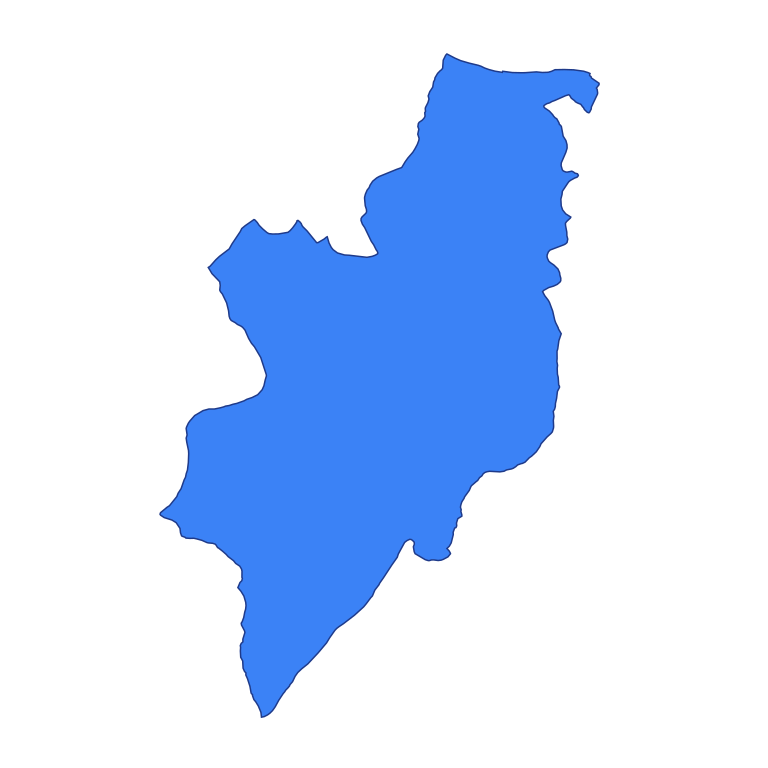 the district of Kerkebet, Anseba, Eritrea, rotated 267°
{"feature_id": "51966322B98400180511849", "entity_name": "Kerkebet", "entity_type": "district", "adm_level": 2, "iso_a3": "ERI", "parent_name": "Eritrea", "parent_adm1": "Anseba", "projection": "robinson", "projection_center": [37.597, 16.113], "detail": "fine", "context": "isolated", "style": "filled", "palette": "blue", "viewbox_px": 768, "rotation_deg": 267, "n_neighbors": 0, "source": "geoboundaries", "source_scale": "gbopen_adm2", "svg_char_len": 6146}
<svg xmlns="http://www.w3.org/2000/svg" viewBox="0 0 768 768"><g transform="rotate(267 384 384)"><path d="M509.6,214.6L503.2,218.0L494.7,225.3L491.0,225.6L486.4,224.9L484.8,225.5L482.3,227.3L473.2,231.1L465.3,232.6L459.8,232.9L457.5,233.5L455.9,234.4L455.3,235.0L453.0,238.7L451.2,240.7L449.3,244.2L448.0,245.8L445.1,248.0L436.6,251.2L431.6,253.8L427.9,256.6L416.9,262.3L399.7,266.9L398.2,267.0L394.6,265.7L388.5,264.0L384.6,262.0L379.9,257.3L377.4,251.6L375.9,246.2L374.5,243.3L372.3,235.9L371.7,232.2L370.6,228.2L370.2,224.5L369.6,222.9L368.8,219.3L367.9,213.3L368.2,207.9L366.9,201.9L362.4,193.3L357.1,188.1L355.0,186.5L351.2,184.5L349.9,184.1L343.4,184.7L340.3,183.6L336.1,184.0L327.8,185.3L324.6,185.3L315.8,184.5L308.3,183.2L304.8,181.8L301.3,180.9L298.7,179.4L290.1,175.9L285.7,172.7L282.4,171.2L273.7,163.4L272.2,160.8L267.2,154.1L265.7,153.5L264.7,154.0L262.1,157.5L259.3,165.0L256.4,169.2L250.5,172.7L246.0,173.0L243.0,173.9L242.5,174.5L241.4,177.2L240.5,178.1L240.0,182.0L239.9,186.0L239.1,188.9L237.4,194.0L234.9,198.9L234.5,200.3L233.9,204.5L233.0,206.9L232.2,207.7L229.3,209.3L229.1,209.9L225.7,213.8L222.2,217.4L219.8,219.3L215.4,224.5L212.6,226.5L209.7,230.4L206.7,232.0L204.6,232.4L198.3,232.0L197.4,232.4L195.0,231.7L193.3,229.8L188.3,227.4L184.5,230.3L179.5,233.0L173.1,234.5L169.8,234.6L166.3,234.0L163.5,233.0L158.2,231.7L154.2,230.0L152.6,228.9L150.7,229.1L144.8,231.8L143.1,232.1L136.6,229.7L133.9,229.6L132.4,227.8L130.3,226.8L128.3,227.0L125.0,226.6L118.6,226.6L114.8,228.4L107.6,228.4L104.2,229.7L102.7,231.0L100.6,230.8L97.0,232.2L89.1,234.3L82.4,235.1L81.5,235.6L80.8,236.4L79.5,236.4L75.6,237.6L73.3,239.3L69.1,241.6L62.6,243.9L57.7,244.2L58.1,246.9L59.6,250.3L61.2,252.8L63.7,255.6L67.4,258.5L73.6,262.3L80.1,267.1L81.9,268.8L83.3,269.7L85.7,272.3L87.5,273.9L88.6,274.3L91.5,277.1L96.7,279.9L100.4,282.8L103.8,286.8L108.5,293.3L118.8,304.0L128.5,313.1L133.5,316.5L140.6,322.1L142.4,324.0L144.0,326.3L146.8,331.0L154.8,342.6L162.5,352.0L165.3,354.6L171.3,359.6L172.9,361.3L178.7,364.1L183.7,368.4L185.4,369.3L190.5,373.3L202.8,382.3L210.3,388.2L213.5,389.4L224.7,396.3L226.4,398.7L227.5,401.4L227.4,402.8L226.3,404.3L224.4,405.9L222.4,405.9L219.9,404.8L214.9,405.4L212.9,406.2L206.4,416.0L205.3,419.0L205.3,420.3L205.8,422.1L205.7,424.6L204.9,428.8L205.1,431.8L205.8,434.1L208.0,438.8L211.0,441.5L211.4,441.5L213.8,440.4L216.4,438.2L218.7,440.8L221.8,442.8L230.0,445.3L232.3,445.3L236.4,447.0L236.9,448.4L237.9,448.9L238.6,449.2L241.4,449.1L245.7,450.7L247.9,454.8L249.2,454.9L252.8,454.1L254.3,454.5L257.0,453.9L259.2,454.4L262.3,455.6L265.5,457.9L267.1,458.6L273.3,463.6L277.2,465.5L278.0,466.2L282.0,471.3L282.6,472.4L285.5,474.5L287.1,476.9L289.2,478.4L290.4,480.2L291.0,482.2L291.3,484.9L290.2,495.1L290.6,499.3L291.8,501.9L292.5,506.8L293.1,508.7L294.6,511.3L296.2,513.2L297.2,516.5L297.5,518.2L298.6,520.8L302.8,525.3L304.2,527.6L308.3,532.5L313.3,536.3L316.1,537.7L322.6,544.1L325.9,548.2L327.4,549.6L331.3,551.0L333.0,551.2L338.8,551.2L342.8,552.0L347.9,551.6L349.8,553.0L352.5,553.9L355.6,554.2L360.6,555.6L367.5,556.8L371.5,559.1L372.6,559.1L374.0,558.4L381.7,558.3L384.7,557.7L390.6,557.8L393.6,558.3L397.4,557.8L400.2,558.2L407.7,558.5L409.8,559.3L418.1,560.9L424.9,563.6L429.9,561.1L431.0,560.9L436.3,558.6L439.1,557.8L447.9,556.3L456.5,553.6L458.9,552.5L463.7,549.2L467.9,547.2L469.2,548.5L471.7,553.6L472.9,558.5L474.4,562.2L476.5,565.0L477.8,565.9L480.4,566.1L483.9,565.3L485.9,565.2L489.8,563.7L493.9,559.9L496.5,556.5L498.0,555.0L500.7,553.9L502.5,553.5L504.4,553.7L507.4,555.1L509.1,556.9L513.6,570.9L514.4,572.6L515.7,574.2L519.1,575.1L522.5,574.4L526.1,574.5L532.8,573.6L535.1,573.6L536.7,574.9L540.0,578.8L540.9,579.3L544.4,574.4L548.4,571.5L552.6,570.3L559.4,570.3L563.9,571.7L567.1,572.2L574.8,577.9L576.4,579.2L577.6,580.9L579.7,585.2L580.4,587.6L581.4,588.6L582.3,589.0L583.8,588.2L584.6,585.7L585.8,584.3L586.7,582.7L586.0,578.0L586.2,576.6L587.3,574.3L588.5,573.3L592.8,572.3L595.5,572.6L605.8,577.7L610.0,579.2L613.4,579.3L617.6,578.4L622.1,575.9L631.9,574.6L633.0,573.9L634.2,572.7L635.7,572.4L639.8,570.4L641.0,568.7L642.6,567.4L644.2,566.5L647.9,563.4L651.3,558.9L652.2,558.3L653.2,558.1L653.9,558.6L655.4,561.2L656.1,564.1L657.3,566.5L658.2,569.4L662.4,580.4L663.2,583.6L662.5,584.5L659.6,586.0L656.8,589.3L655.9,589.8L654.5,592.0L653.0,595.2L650.3,596.9L649.7,597.6L647.6,598.5L644.7,601.2L644.1,602.8L644.9,603.7L647.7,605.3L649.8,605.6L662.2,612.3L663.4,612.6L667.0,612.3L668.4,611.6L671.6,614.4L673.1,614.5L678.7,607.2L680.2,606.8L681.2,605.5L682.4,605.6L683.3,606.0L684.3,604.1L685.9,599.8L687.8,589.9L688.6,580.4L688.9,571.2L687.5,567.7L686.7,564.3L686.8,558.5L687.7,552.5L687.5,540.8L687.7,536.5L688.3,528.5L690.1,518.9L689.0,518.5L690.6,511.2L692.6,505.1L694.3,501.0L696.2,497.6L697.3,494.9L700.0,485.8L702.9,477.5L705.7,471.9L710.3,464.1L709.1,462.8L704.3,460.1L696.3,459.1L694.8,457.9L694.0,456.6L691.4,453.8L687.2,451.0L685.1,450.5L683.1,449.3L677.9,448.2L673.5,445.0L669.4,443.2L666.2,443.8L662.7,442.6L658.0,439.9L656.7,439.6L654.0,439.7L652.8,438.9L649.4,439.0L648.6,438.7L647.1,437.7L645.4,435.9L643.5,432.8L642.2,431.9L639.3,431.3L636.6,432.1L631.7,430.8L627.4,431.9L625.4,431.5L621.5,429.8L617.2,427.2L613.9,424.9L608.6,419.8L605.0,416.9L599.5,413.2L599.1,412.6L597.7,407.9L591.5,390.1L590.2,387.5L587.1,383.3L583.3,380.5L581.0,379.5L578.5,377.3L574.7,375.4L571.5,374.4L570.1,374.3L563.0,374.6L559.2,375.6L556.8,375.6L555.4,374.8L552.1,370.9L550.5,369.8L548.5,369.6L544.7,370.8L541.2,372.9L527.1,378.8L523.5,381.0L518.4,383.2L516.9,384.2L515.3,384.7L514.4,384.5L513.1,382.1L512.1,378.9L511.4,373.6L514.4,356.0L514.9,351.4L517.3,344.4L520.8,340.2L523.2,338.5L527.7,336.5L534.0,335.0L533.7,334.2L531.9,331.8L528.6,325.4L528.7,324.1L541.0,315.1L545.2,311.3L546.6,310.4L548.6,309.7L550.4,308.4L551.9,306.6L551.5,305.6L550.7,305.5L548.6,304.1L544.7,300.9L542.1,298.3L540.5,296.1L539.4,286.7L539.6,280.6L540.2,276.9L541.4,275.0L545.3,270.9L549.0,267.6L551.9,265.9L554.2,264.0L554.8,263.4L555.0,262.7L549.4,253.7L546.7,250.1L543.7,248.4L531.8,239.5L527.0,236.5L520.1,226.4L516.8,222.5L510.7,216.5L509.6,214.6Z" fill="#3b82f6" stroke="#1e3a8a" stroke-width="1.5"/></g></svg>